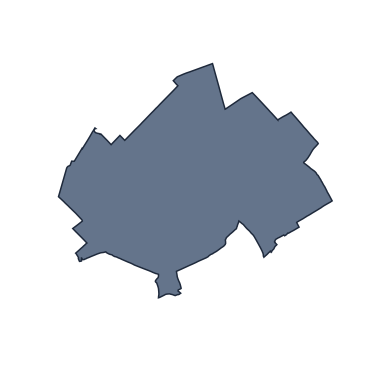 outline of Plenita, Dolj, Romania, rotated 128°
{"feature_id": "2599482B69376152163342", "entity_name": "Plenita", "entity_type": "district", "adm_level": 2, "iso_a3": "ROU", "parent_name": "Romania", "parent_adm1": "Dolj", "projection": "natural_earth1", "projection_center": [23.162, 44.229], "detail": "fine", "context": "isolated", "style": "filled", "palette": "slate", "viewbox_px": 384, "rotation_deg": 128, "n_neighbors": 0, "source": "geoboundaries", "source_scale": "gbopen_adm2", "svg_char_len": 5877}
<svg xmlns="http://www.w3.org/2000/svg" viewBox="0 0 384 384"><g transform="rotate(128 192 192)"><path d="M315.9,237.8L314.8,236.9L314.4,236.6L314.2,236.7L313.7,237.3L312.4,238.2L312.1,238.4L312.0,238.0L312.8,236.8L311.8,235.5L310.8,235.1L310.0,234.5L309.1,234.2L306.8,232.8L305.1,231.9L299.0,228.4L296.4,226.7L296.0,226.4L295.4,225.8L294.8,225.2L294.1,224.5L293.5,224.0L292.5,223.4L292.3,223.2L292.2,223.1L292.2,222.9L292.5,222.3L292.4,221.9L292.1,220.0L291.9,219.1L291.6,218.2L291.3,217.5L291.0,216.9L290.8,216.5L290.8,215.1L290.7,214.6L290.6,213.7L290.3,212.8L289.9,212.1L289.7,211.7L289.4,210.2L289.1,209.0L288.7,207.7L288.5,207.1L288.5,206.5L288.2,205.5L286.9,200.4L286.5,198.9L286.0,197.3L285.6,195.7L285.3,194.3L285.1,193.3L285.1,192.8L284.8,191.8L283.9,188.7L283.5,187.4L282.9,185.3L282.7,184.8L282.5,184.0L281.7,181.4L281.3,180.1L280.4,177.2L279.9,175.3L279.7,174.8L279.6,173.9L278.8,171.3L278.7,170.7L277.9,169.0L277.5,167.7L279.0,166.6L279.9,166.1L280.3,166.0L282.2,166.2L283.8,166.2L284.5,166.1L285.0,165.8L285.2,165.6L285.3,165.3L285.3,165.1L285.4,164.1L285.4,163.8L287.6,160.4L288.7,159.0L290.7,157.1L292.5,155.5L293.0,155.1L294.8,154.1L296.0,153.3L295.0,152.6L290.4,150.4L289.4,150.0L288.5,149.5L287.1,148.1L285.9,146.7L285.8,146.2L284.8,144.1L284.6,143.3L284.0,141.5L283.1,141.0L282.0,140.3L281.5,140.0L281.3,139.6L280.5,139.1L278.7,138.6L278.6,140.5L278.7,141.9L277.9,142.5L277.5,142.5L277.2,142.3L276.6,142.0L274.9,141.2L274.7,141.2L274.3,141.6L272.4,144.0L271.2,145.8L270.3,147.6L269.0,149.8L267.9,151.4L267.7,151.7L267.5,151.8L265.8,153.6L265.2,154.3L264.1,155.4L263.7,155.2L259.7,153.1L256.2,151.3L251.0,148.6L248.8,147.4L245.1,145.5L242.9,144.5L234.9,140.2L233.8,139.8L233.2,139.5L232.0,139.4L231.1,139.2L230.6,139.0L230.3,138.9L229.9,138.9L229.2,138.5L228.8,138.2L228.3,138.0L227.9,137.7L227.5,137.7L225.7,137.0L223.8,136.2L222.8,135.9L219.9,135.1L218.8,134.8L218.3,134.7L215.6,133.8L214.6,133.6L213.8,133.6L213.2,133.5L212.7,133.6L211.9,133.8L211.5,134.1L210.0,135.4L209.9,135.5L209.4,136.1L209.1,136.3L208.1,136.4L207.1,136.7L206.8,136.8L203.6,136.3L201.4,136.0L201.0,135.9L200.7,135.8L198.3,135.3L195.5,134.9L193.6,134.4L192.2,135.0L191.1,135.3L190.0,135.8L187.3,136.6L186.0,137.2L186.0,134.6L186.1,133.5L186.0,131.3L186.1,131.2L186.9,127.3L187.2,125.3L187.2,124.8L187.4,122.4L187.9,120.4L188.0,119.7L188.2,117.8L188.4,116.8L188.8,115.6L190.3,111.9L192.3,107.2L194.0,103.3L195.4,100.4L196.1,99.2L196.5,98.4L197.1,97.8L197.2,97.4L197.4,97.2L197.7,97.0L198.4,96.5L198.7,96.1L199.1,95.2L198.7,95.2L198.3,95.2L198.1,95.0L197.5,94.9L196.6,94.8L196.0,94.6L194.6,94.4L192.6,94.2L191.1,93.9L190.4,93.9L190.8,92.5L190.1,92.4L189.8,92.5L189.1,92.8L186.7,92.5L185.9,92.6L185.3,92.8L184.1,93.0L183.4,93.0L182.7,92.9L182.3,92.8L182.0,92.8L181.7,92.8L181.4,92.7L181.2,92.7L181.1,93.3L181.0,93.9L180.8,95.0L180.6,95.4L180.7,95.5L180.4,95.7L180.4,95.8L180.5,96.1L180.5,96.3L180.3,96.4L179.6,96.5L178.7,96.8L177.2,96.7L176.6,96.4L175.3,95.9L174.8,95.7L174.0,95.2L173.0,94.8L169.4,93.2L169.4,92.0L169.1,92.0L168.3,91.6L167.7,91.4L166.0,91.2L165.6,91.3L165.3,91.0L165.2,90.8L165.0,90.6L164.1,90.2L163.1,89.8L162.3,89.5L161.7,89.2L159.2,88.1L157.9,87.6L153.8,86.0L153.3,87.1L152.9,87.9L152.1,89.7L151.5,90.8L149.5,90.1L144.7,88.1L140.4,86.6L138.4,85.7L135.5,84.6L134.6,84.3L130.2,82.6L124.9,80.6L123.8,80.3L121.9,79.7L120.4,79.1L119.4,78.7L117.2,77.8L114.6,76.7L113.9,76.5L112.7,76.1L110.3,81.5L109.5,83.4L109.1,84.4L108.7,85.5L108.2,86.3L107.3,88.2L106.0,91.0L105.7,92.1L105.1,93.5L104.7,94.4L104.4,95.1L104.1,95.6L103.9,96.6L103.3,97.6L103.1,98.1L102.5,99.7L102.2,100.7L101.8,101.5L101.3,102.9L101.3,103.5L101.3,103.8L101.3,104.2L100.6,105.7L100.3,107.1L100.2,108.4L100.2,109.5L100.3,110.5L100.3,111.5L100.4,112.7L100.2,114.9L100.2,116.5L100.2,117.7L100.2,120.1L100.3,121.1L100.2,121.7L100.0,122.2L99.8,122.3L97.9,121.9L96.6,121.7L94.9,121.7L93.8,121.7L90.3,122.0L87.0,122.5L85.2,122.7L84.4,122.8L82.5,122.8L79.3,122.5L76.2,122.3L75.6,123.5L75.4,125.1L74.9,128.6L74.5,130.3L74.1,132.5L74.0,133.2L73.6,135.3L72.9,138.7L72.6,140.2L71.9,144.3L71.5,145.9L69.5,155.8L68.6,160.9L68.3,162.1L68.1,163.2L68.6,163.3L71.5,164.4L72.8,164.9L74.2,165.5L76.3,166.5L77.3,166.9L81.7,168.6L81.9,168.7L82.1,168.7L82.5,168.5L80.9,177.8L80.7,179.5L80.1,182.8L78.5,192.8L77.2,201.2L76.6,205.7L86.3,210.1L88.6,211.1L92.1,212.2L98.1,214.1L104.5,216.2L105.9,216.6L106.4,216.9L105.6,217.9L103.1,221.4L97.0,229.6L92.1,236.1L89.3,239.9L85.9,244.5L81.1,251.0L80.0,252.4L78.2,254.9L86.0,259.8L92.6,263.9L99.0,267.9L101.4,269.5L104.4,271.3L109.4,274.0L110.2,274.5L112.7,274.9L115.8,275.3L116.0,274.3L116.2,273.0L116.5,271.8L116.9,268.9L116.9,268.6L117.1,268.5L123.4,269.1L142.8,271.3L145.4,271.5L147.7,271.8L148.0,271.9L151.5,272.2L154.7,272.6L164.5,273.6L167.8,274.0L170.3,274.2L173.7,274.6L178.4,275.2L192.7,276.8L191.8,283.6L204.5,284.9L203.6,290.5L202.4,299.6L203.0,299.7L203.1,299.8L203.2,300.2L203.1,300.7L203.1,301.1L203.2,301.3L203.8,302.3L204.5,304.1L204.6,304.5L204.6,304.9L204.5,305.4L204.4,305.9L204.1,306.5L203.6,307.4L202.5,307.3L201.9,307.3L201.6,307.3L201.3,307.0L201.3,307.9L204.7,307.5L206.1,307.4L211.4,306.6L212.4,306.5L215.5,306.1L222.2,305.4L224.8,305.1L225.3,305.0L225.2,305.5L240.1,303.7L240.3,303.8L241.8,305.8L245.9,304.5L246.2,304.5L246.6,304.7L248.2,305.5L248.9,305.6L249.7,305.6L250.5,305.4L277.9,294.3L278.0,293.1L278.5,287.2L278.8,285.1L279.2,280.6L279.4,279.4L280.0,273.7L280.3,270.7L281.7,261.7L282.2,260.7L282.4,260.5L288.2,261.9L294.2,263.5L294.9,258.7L295.0,257.6L295.2,256.1L295.8,251.2L296.0,249.7L296.5,246.0L296.6,245.6L296.9,243.4L298.9,243.8L300.2,243.9L301.3,244.2L302.6,244.3L305.5,244.9L306.4,245.0L308.0,245.3L311.8,246.0L311.8,245.7L312.3,244.4L313.0,242.4L313.6,241.1L313.7,240.9L314.0,240.8L314.3,240.7L314.5,240.5L314.7,240.0L314.9,239.9L315.1,239.6L315.4,238.9L315.9,238.1L315.9,237.8Z" fill="#64748b" stroke="#1e293b" stroke-width="1.5"/></g></svg>